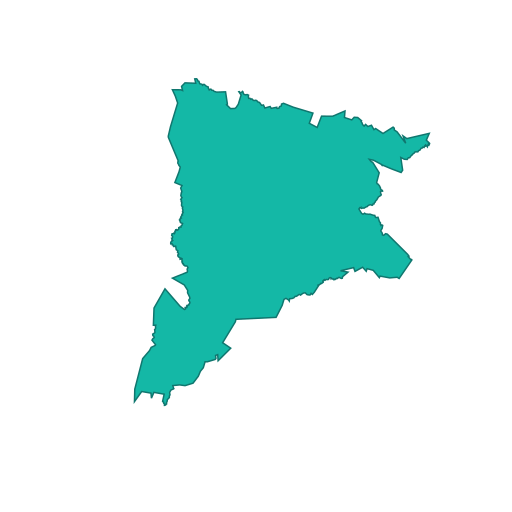 San Dimas, Durango, Mexico (orthographic projection), rotated 24°
{"feature_id": "50627088B11523678727998", "entity_name": "San Dimas", "entity_type": "district", "adm_level": 2, "iso_a3": "MEX", "parent_name": "Mexico", "parent_adm1": "Durango", "projection": "orthographic", "projection_center": [-105.745, 24.115], "detail": "fine", "context": "isolated", "style": "filled", "palette": "teal", "viewbox_px": 512, "rotation_deg": 24, "n_neighbors": 0, "source": "geoboundaries", "source_scale": "gbopen_adm2", "svg_char_len": 6111}
<svg xmlns="http://www.w3.org/2000/svg" viewBox="0 0 512 512"><g transform="rotate(24 256 256)"><path d="M127.7,183.3L146.2,200.7L146.4,201.0L146.3,201.9L147.0,203.2L148.2,203.9L148.7,204.6L150.3,205.3L150.7,205.9L151.4,210.2L152.0,221.9L159.7,221.7L159.6,224.6L161.9,227.1L162.2,228.3L162.0,229.0L162.4,229.4L162.6,231.1L163.6,232.2L164.7,232.8L164.2,234.8L164.8,235.0L165.3,236.2L165.7,236.2L165.8,236.9L166.4,237.2L167.3,240.0L168.5,241.0L169.1,241.0L169.4,242.5L170.4,243.5L170.8,244.4L170.7,245.1L171.7,245.7L171.4,246.3L171.7,246.8L171.7,247.7L171.5,247.9L172.0,248.4L171.5,248.7L171.7,249.5L171.4,251.2L172.3,251.7L171.5,252.7L171.8,253.3L171.4,254.2L172.7,255.0L172.7,255.6L173.6,256.2L175.7,256.2L175.8,258.3L175.3,259.1L175.7,260.1L174.6,260.5L174.5,261.2L173.9,261.5L174.4,263.0L174.2,263.6L173.7,264.4L172.8,264.1L172.0,264.7L172.4,265.3L171.8,266.4L172.3,267.0L172.4,268.7L171.5,268.6L171.1,269.4L170.3,269.8L170.6,271.5L171.7,271.9L172.2,272.9L172.2,273.8L171.8,274.1L172.5,274.5L172.6,275.5L173.6,275.8L172.7,277.2L172.6,278.3L173.0,279.3L173.2,279.6L174.3,278.9L175.0,279.9L175.8,279.7L176.4,280.5L177.2,280.8L178.0,279.9L178.6,279.7L180.6,282.7L182.5,283.0L182.8,284.6L183.6,284.7L184.5,285.6L184.6,285.9L184.1,286.3L184.5,287.7L184.9,287.7L185.5,288.3L187.3,288.6L187.8,289.5L188.3,288.5L188.6,288.5L188.6,289.4L189.6,288.7L190.1,290.1L190.6,290.4L190.5,291.0L191.1,291.3L191.0,291.8L192.0,292.7L192.6,292.5L192.8,293.1L193.5,293.2L193.6,293.6L195.4,294.0L195.9,293.5L197.1,293.3L198.6,294.2L198.4,296.0L199.6,297.7L199.7,298.8L188.7,310.2L202.2,311.6L207.6,315.2L208.4,317.4L212.2,320.6L212.9,321.7L212.5,323.2L212.8,324.1L214.4,325.1L214.7,325.9L214.3,327.6L214.5,328.1L213.0,329.3L213.7,329.9L213.7,330.8L213.2,330.6L213.0,330.9L213.0,332.0L212.4,332.1L213.1,333.0L212.6,333.9L211.9,333.9L207.1,332.8L186.2,323.0L184.0,345.0L190.4,361.0L192.6,360.0L192.8,361.3L193.6,362.6L193.7,363.8L193.3,364.4L194.7,366.8L194.7,367.5L193.4,369.4L194.2,370.7L195.2,370.8L196.2,371.9L195.3,373.8L195.2,375.2L200.3,377.9L200.3,378.7L197.4,382.1L197.2,385.7L194.2,395.8L199.4,426.9L204.2,438.5L206.7,426.3L215.8,424.0L218.3,428.4L218.2,422.1L228.3,419.6L229.8,426.8L231.1,427.2L231.1,427.5L231.6,428.1L232.7,428.6L233.1,429.7L233.5,429.5L234.1,428.6L233.9,428.1L234.5,427.6L233.9,426.1L233.9,424.6L233.4,423.4L234.4,420.6L233.8,419.2L233.9,417.8L232.7,416.0L232.6,415.1L232.9,412.9L234.8,410.9L234.8,410.4L234.4,410.3L232.7,408.2L238.7,404.8L243.9,403.3L250.2,397.8L252.2,389.3L252.1,383.9L253.3,379.5L252.5,373.3L254.5,372.5L260.8,367.1L261.1,365.9L259.5,363.3L261.1,361.7L264.0,367.1L270.4,350.5L260.8,348.8L263.9,324.5L263.4,322.0L299.3,303.9L300.0,290.4L299.2,284.3L300.6,282.5L303.6,282.9L304.7,283.6L304.1,281.3L306.2,280.2L307.6,278.8L308.1,277.0L309.0,276.6L309.8,275.7L310.8,273.8L311.6,273.4L312.6,273.6L313.9,271.2L314.9,270.2L316.1,269.6L318.2,270.5L319.4,270.3L321.1,269.7L321.4,269.3L321.5,267.7L323.1,268.2L324.0,265.4L325.2,257.7L324.6,257.6L324.5,257.3L325.6,256.5L326.2,255.4L326.2,254.8L327.0,254.6L328.1,252.6L328.0,252.2L327.4,252.1L327.2,251.7L327.7,250.3L328.3,250.3L328.4,249.7L329.0,250.0L329.7,248.8L330.7,248.6L331.8,247.9L331.6,246.9L332.4,245.6L333.3,245.5L333.8,246.2L334.0,245.6L335.1,246.0L336.3,245.4L336.8,246.0L337.9,245.2L337.9,244.6L338.5,244.3L338.9,243.5L339.3,243.6L340.5,241.7L343.1,241.8L343.9,241.2L343.5,239.7L346.6,233.3L339.2,235.1L349.9,226.9L352.7,229.8L358.0,222.9L362.9,225.1L362.6,222.4L368.9,221.4L377.5,225.6L377.5,223.9L387.1,221.6L393.6,218.0L395.9,218.3L400.0,196.2L399.7,196.0L399.5,196.6L395.3,194.7L395.8,193.9L393.8,192.8L367.1,182.6L365.3,182.9L364.2,185.2L362.9,185.3L362.3,184.1L361.3,183.2L360.3,182.8L359.7,182.0L360.0,179.5L359.3,176.5L358.4,176.4L357.8,177.1L357.7,176.7L356.8,176.5L356.2,175.1L354.8,174.4L351.7,171.0L349.9,172.1L349.2,171.9L348.0,170.6L346.4,171.1L343.0,171.4L342.4,171.9L339.0,173.0L337.8,172.7L337.0,174.1L336.5,174.3L335.1,174.1L330.9,171.2L331.2,169.6L331.8,169.6L332.0,169.2L332.1,169.5L333.1,169.6L334.1,168.6L335.2,168.4L336.5,166.5L337.6,165.5L337.7,164.7L338.9,163.1L340.0,162.5L341.4,162.5L341.8,162.1L341.7,161.0L342.6,160.5L342.5,159.2L343.0,158.1L342.8,157.3L343.5,155.5L343.8,152.3L345.4,149.9L345.5,149.1L344.4,148.0L343.5,146.5L343.8,145.9L345.2,145.3L344.8,144.7L343.1,144.5L342.4,143.9L342.1,143.3L340.4,141.8L338.3,140.7L337.3,140.7L336.3,139.7L334.7,129.9L324.4,122.9L322.9,123.0L320.2,121.6L324.5,120.7L333.1,121.3L334.3,121.9L334.3,121.5L344.2,121.3L354.6,120.7L355.1,118.0L348.2,107.1L352.1,107.3L354.9,106.3L355.2,104.3L356.4,103.7L357.1,100.6L357.6,100.2L357.9,98.7L358.7,97.6L359.0,96.1L361.5,95.0L361.7,93.6L362.7,92.6L363.0,90.4L364.0,89.7L364.2,88.6L365.4,88.5L365.4,86.9L365.9,86.8L365.6,86.1L365.8,85.5L368.2,86.6L367.8,84.8L368.9,84.6L368.8,83.8L368.3,83.3L368.9,83.2L368.8,82.5L364.5,80.9L364.4,73.5L346.0,87.4L341.5,86.5L346.9,92.1L334.4,85.2L331.1,84.6L330.3,83.0L328.8,82.5L322.2,92.4L313.4,90.9L312.4,92.6L308.3,89.6L305.5,92.2L302.6,91.2L301.9,93.3L299.8,92.5L298.8,91.3L297.3,90.4L297.4,89.5L292.6,88.1L289.3,89.3L288.1,92.7L280.5,93.5L278.3,87.3L269.2,97.1L259.0,101.6L259.6,113.7L250.7,113.1L249.9,102.3L229.5,104.9L219.0,105.3L217.5,106.8L218.1,108.6L216.8,109.9L216.8,111.7L215.3,112.6L214.7,112.4L214.4,111.7L209.9,114.9L208.1,113.7L203.9,117.2L201.4,115.0L199.8,116.1L196.8,114.3L195.0,114.5L193.4,113.7L192.2,113.9L191.8,114.4L190.3,114.9L188.3,114.1L187.5,115.0L186.4,114.4L185.2,115.0L184.2,113.6L183.8,112.1L182.2,112.1L181.0,113.0L179.4,113.2L178.3,112.7L177.4,111.4L176.7,111.1L176.3,112.3L175.6,113.0L174.8,113.1L173.9,112.6L173.5,112.9L176.9,115.0L178.1,124.5L177.4,128.5L176.8,129.7L172.8,131.7L167.6,129.8L168.1,128.9L161.4,118.4L153.4,122.3L150.7,122.6L149.4,122.1L148.0,122.6L146.9,121.9L146.0,122.6L145.7,123.3L144.2,122.1L143.6,121.0L141.6,121.1L138.9,120.3L138.3,120.6L137.7,121.8L136.8,121.1L134.5,121.5L132.8,119.6L131.7,119.7L130.5,118.5L129.5,118.3L128.0,119.1L130.7,122.7L120.7,126.7L119.0,131.3L121.6,134.7L119.6,134.8L112.0,138.1L117.3,142.8L122.2,148.1L125.3,172.7L127.1,182.2L127.7,183.3Z" fill="#14b8a6" stroke="#0f766e" stroke-width="1.5"/></g></svg>